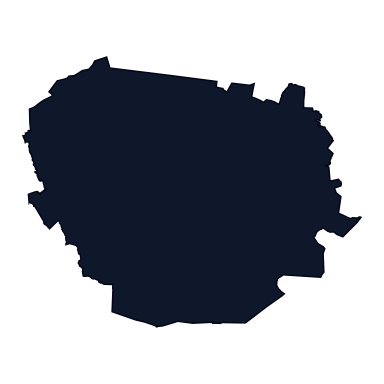 San José Iturbide, Guanajuato, Mexico (orthographic projection)
{"feature_id": "50627088B9670324161736", "entity_name": "San José Iturbide", "entity_type": "district", "adm_level": 2, "iso_a3": "MEX", "parent_name": "Mexico", "parent_adm1": "Guanajuato", "projection": "orthographic", "projection_center": [-100.403, 21.001], "detail": "fine", "context": "isolated", "style": "filled", "palette": "ink", "viewbox_px": 384, "rotation_deg": 0, "n_neighbors": 0, "source": "geoboundaries", "source_scale": "gbopen_adm2", "svg_char_len": 5675}
<svg xmlns="http://www.w3.org/2000/svg" viewBox="0 0 384 384"><path d="M106.6,57.1L97.1,60.2L94.7,61.0L92.8,64.9L89.3,68.7L88.9,69.3L82.3,70.6L76.5,74.4L75.9,74.5L75.3,74.9L74.7,75.6L74.3,76.2L74.0,75.9L73.2,75.7L69.0,76.1L67.2,78.1L66.7,78.5L65.7,78.6L64.8,79.0L57.2,80.9L49.0,91.8L52.8,95.2L52.3,95.7L51.5,96.4L50.0,97.2L47.4,98.4L43.7,100.2L39.2,103.3L35.1,106.5L33.2,107.7L29.5,109.1L29.9,122.8L30.6,130.6L28.3,130.6L28.1,131.7L27.9,132.3L26.4,133.0L25.5,133.1L25.9,134.9L25.0,135.2L24.1,135.7L23.0,135.8L24.1,138.7L24.7,139.8L25.3,142.6L26.7,141.6L27.5,141.9L28.6,142.1L29.0,142.4L29.1,142.8L29.2,145.1L28.7,146.7L29.3,147.7L29.5,150.5L29.8,152.2L30.0,152.5L30.3,152.6L30.9,154.2L32.1,155.8L31.8,156.8L32.6,157.7L32.7,158.2L32.3,159.7L32.4,160.3L33.6,161.4L33.7,161.8L34.2,162.1L33.8,162.7L33.9,163.4L33.5,163.9L33.5,164.9L34.5,166.0L34.9,166.5L35.6,168.2L35.5,168.8L35.7,169.2L35.9,169.4L36.3,169.6L36.6,169.9L36.9,170.6L36.8,171.9L36.7,172.1L36.1,172.2L35.4,171.6L35.1,171.6L35.0,172.0L35.2,172.6L36.4,173.1L37.3,174.0L37.4,174.4L37.2,174.9L37.4,176.0L38.6,179.0L39.0,179.9L39.7,180.7L40.3,181.1L41.1,180.9L41.1,180.0L41.2,179.7L41.3,179.9L41.6,180.0L42.8,181.0L43.3,182.2L43.3,183.2L43.9,184.7L44.1,186.0L44.5,187.7L44.6,187.9L45.3,188.5L46.0,188.7L46.2,189.5L44.4,189.8L44.1,190.7L43.5,190.8L42.9,191.4L41.7,192.1L40.3,193.2L40.3,194.2L39.6,193.8L39.1,192.9L38.5,192.3L37.3,191.6L36.6,191.6L34.5,192.1L31.3,193.3L31.0,193.2L30.2,193.7L29.2,194.0L28.4,194.3L29.1,202.5L29.2,202.3L29.7,202.2L31.0,203.1L31.8,203.3L32.3,203.6L33.2,204.3L33.6,204.8L33.7,206.1L34.6,206.0L44.3,222.2L43.9,222.3L43.9,223.1L44.0,223.3L44.1,223.8L45.1,224.5L46.5,225.3L48.3,227.4L48.9,227.8L49.5,228.8L58.1,220.4L58.8,220.9L59.2,221.8L59.6,222.1L59.5,223.0L60.6,224.2L61.1,225.0L61.4,227.0L62.0,227.9L62.0,228.4L62.2,228.7L62.1,229.1L61.9,229.4L62.4,229.8L62.8,231.0L64.4,233.3L64.9,234.4L65.1,235.2L66.1,235.9L66.0,236.7L65.8,237.5L65.7,238.3L66.0,239.6L65.9,240.0L66.5,241.4L66.7,242.4L66.2,243.2L66.0,243.5L66.0,244.6L66.7,244.2L68.0,244.1L68.9,243.7L69.3,243.4L76.3,245.4L77.0,246.3L77.1,246.7L77.9,247.2L78.3,247.8L78.2,247.9L78.2,248.2L77.7,249.0L77.6,249.8L77.8,250.1L78.2,250.5L78.1,251.0L78.1,251.3L78.6,252.1L78.5,253.1L78.6,253.7L79.4,254.2L80.2,254.3L81.0,259.5L80.7,260.0L79.2,260.8L78.9,261.1L78.7,261.8L78.4,262.3L78.4,263.3L78.5,263.6L79.4,264.6L79.5,265.8L79.7,266.1L81.3,267.1L82.0,267.3L82.5,267.7L82.4,268.0L82.6,268.0L82.8,268.7L82.5,271.8L83.3,276.2L86.4,276.3L87.3,276.0L88.4,275.9L88.5,276.1L89.0,276.2L89.4,276.2L89.9,276.8L90.3,277.0L90.8,277.0L91.1,277.3L91.7,277.7L91.8,278.3L93.3,278.9L94.0,278.7L95.7,279.1L97.1,279.9L98.1,280.1L98.2,280.3L99.1,280.9L99.0,281.7L98.8,281.9L99.3,282.1L99.8,282.6L100.6,282.4L101.1,282.6L101.1,283.0L101.7,282.8L103.5,284.0L104.0,283.8L104.3,284.3L105.0,284.2L106.1,284.3L112.9,284.5L112.7,288.6L113.0,288.7L112.1,311.7L135.7,319.9L144.7,322.0L156.5,326.1L156.2,326.6L157.0,326.9L157.7,326.4L162.5,325.9L174.3,322.4L176.9,321.5L178.0,321.3L192.5,323.2L213.1,322.2L212.7,323.2L220.6,323.3L221.9,322.5L245.4,322.9L267.1,306.3L282.4,295.5L283.3,294.6L284.3,293.8L281.2,291.6L278.5,288.8L276.8,285.9L276.6,283.7L277.0,280.7L277.9,278.4L283.4,274.8L320.7,277.2L321.7,275.0L322.9,273.4L323.3,272.6L323.9,272.2L323.7,268.8L323.1,253.5L324.8,248.6L323.1,246.7L318.1,243.8L313.5,237.2L315.0,236.2L315.9,233.8L316.7,232.2L318.2,230.6L319.7,229.6L321.5,229.2L322.8,227.7L327.6,231.1L330.2,232.1L333.2,231.9L334.5,232.4L335.6,233.5L337.3,234.6L342.8,236.8L357.9,221.6L358.0,221.0L360.0,218.8L360.2,218.3L361.0,217.3L360.9,217.2L359.4,216.9L357.8,218.0L354.3,217.9L352.4,217.7L351.8,218.2L350.6,218.5L349.5,218.3L338.7,213.3L338.5,212.8L340.9,196.6L336.2,192.8L334.4,188.0L340.7,186.0L340.9,185.8L340.9,185.0L341.2,184.8L341.3,184.3L341.2,183.3L341.2,182.9L341.0,182.5L340.7,181.4L339.7,181.3L339.3,180.9L339.1,180.1L338.5,179.3L331.3,180.9L330.4,180.9L330.2,180.6L329.8,180.4L329.9,179.9L328.8,167.1L325.7,165.6L325.9,165.3L328.6,165.1L330.2,163.8L330.4,162.8L329.8,160.9L333.0,153.5L327.3,148.3L332.5,141.4L333.2,140.8L332.0,139.0L332.4,138.4L327.1,130.8L326.5,130.9L324.8,127.1L323.2,127.0L321.8,126.3L320.5,126.5L320.0,126.4L319.1,126.6L318.7,125.7L319.0,125.9L319.4,125.9L319.6,125.8L320.0,125.4L319.7,125.2L319.4,124.6L320.1,123.9L320.1,123.6L319.9,123.2L319.2,122.5L318.2,121.8L316.4,121.4L316.3,119.7L318.5,120.0L319.1,120.2L319.1,120.5L319.4,120.7L319.9,120.9L320.1,120.8L320.2,120.4L319.8,119.7L319.7,119.3L319.7,118.9L319.8,118.5L321.5,117.4L321.6,116.7L321.4,116.0L321.1,115.5L321.3,114.9L318.7,112.9L318.8,111.9L318.3,111.6L317.4,111.3L317.3,111.7L315.7,111.7L315.8,110.9L313.3,111.5L312.9,110.0L312.4,108.1L303.5,107.9L303.5,107.2L303.8,106.6L303.5,106.0L303.7,103.1L303.6,101.8L303.8,99.9L303.8,99.2L304.0,97.3L304.1,97.0L304.3,94.3L304.5,93.0L304.3,89.3L304.5,88.2L303.4,87.3L299.3,86.2L298.8,86.3L297.9,85.9L297.6,86.0L296.9,85.6L296.9,85.4L296.5,85.1L295.7,84.7L295.1,84.6L294.7,84.7L294.3,85.2L293.9,85.3L293.3,85.2L293.1,84.8L292.0,83.9L291.0,83.5L290.5,83.6L288.9,84.3L288.9,85.1L288.5,86.3L286.6,88.5L285.7,89.2L285.6,89.6L284.5,91.0L284.1,91.7L283.9,91.6L283.0,92.4L282.8,92.9L282.4,93.8L282.3,94.0L281.5,96.0L282.2,96.8L281.8,97.0L281.6,97.4L281.0,98.0L280.3,100.7L279.2,104.3L276.4,103.0L275.1,102.2L270.8,100.6L269.8,100.5L266.7,99.8L266.4,99.8L266.1,100.0L264.8,101.3L263.5,102.3L260.0,100.3L254.9,98.1L252.0,97.1L251.6,97.1L253.0,89.4L254.2,83.7L249.8,85.2L249.4,85.3L231.9,83.2L226.7,92.3L225.7,91.3L225.5,91.5L222.4,88.7L222.6,88.5L219.9,88.0L216.2,87.1L216.4,85.9L216.4,85.2L216.6,83.8L216.4,83.5L216.9,81.5L171.1,75.6L111.2,68.2L110.0,68.3L106.6,57.1Z" fill="#0f172a" stroke="#020617" stroke-width="1.5"/></svg>